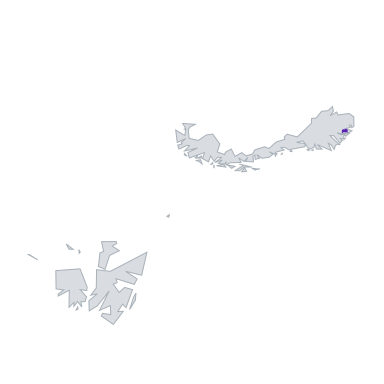 location of Etne nor, Hordaland, Norway, rotated 226°
{"feature_id": "86288312B21434642963", "entity_name": "Etne nor", "entity_type": "district", "adm_level": 2, "iso_a3": "NOR", "parent_name": "Norway", "parent_adm1": "Hordaland", "projection": "mercator", "projection_center": [6.058, 59.799], "detail": "fine", "context": "in_parent", "style": "filled", "palette": "violet", "viewbox_px": 384, "rotation_deg": 226, "n_neighbors": 0, "source": "geoboundaries", "source_scale": "gbopen_adm2", "svg_char_len": 4972}
<svg xmlns="http://www.w3.org/2000/svg" viewBox="0 0 384 384"><g transform="rotate(226 192 192)"><path d="M203.3,238.0L196.3,241.4L197.4,243.7L195.6,250.1L187.7,247.6L185.8,255.1L180.4,256.0L177.3,261.9L178.6,266.5L174.2,275.5L169.8,277.6L169.5,287.2L165.5,295.3L167.5,296.6L167.5,300.6L158.5,306.0L158.4,325.5L161.8,329.1L159.0,332.6L160.0,341.3L156.1,346.2L155.9,352.4L152.1,350.0L150.9,344.5L149.0,351.6L146.0,350.6L139.4,359.5L133.8,360.6L126.8,354.2L127.2,351.6L129.5,352.9L130.8,351.7L128.5,350.8L131.0,346.5L124.9,349.6L125.8,345.7L130.1,344.0L127.8,343.6L129.7,340.1L133.8,337.4L129.8,339.0L125.0,345.7L125.3,341.5L127.6,341.1L125.0,338.0L127.4,335.7L124.9,336.2L124.3,332.2L134.0,333.1L136.7,330.5L124.8,330.8L125.9,327.8L124.0,323.9L129.1,324.8L132.5,324.0L125.0,321.0L139.0,315.1L132.6,315.2L136.5,311.3L141.6,313.9L139.3,310.6L141.3,306.0L151.7,307.4L155.1,301.6L148.4,306.9L146.1,304.8L155.2,290.9L160.1,289.5L162.0,286.7L158.3,287.4L162.6,279.6L161.4,277.9L167.3,275.6L163.0,276.4L163.4,271.5L167.7,265.7L173.9,264.7L169.3,263.8L171.7,260.1L174.8,262.9L175.2,260.7L171.0,257.1L176.7,251.8L178.2,256.2L177.7,250.6L184.1,249.2L179.1,247.9L186.7,239.6L187.5,235.4L190.3,237.5L189.1,235.1L194.3,230.8L194.0,236.0L197.3,228.9L196.3,237.1L199.3,234.7L198.7,229.3L205.1,230.4L202.2,224.8L208.5,222.8L211.7,228.3L218.4,213.7L223.3,216.5L219.8,226.6L226.7,215.1L227.1,222.3L229.0,220.9L231.9,212.5L235.7,214.2L233.4,218.5L235.1,218.6L234.8,224.6L237.8,215.8L247.9,223.3L237.6,226.1L241.9,231.6L247.8,232.9L238.4,241.4L240.2,235.3L239.3,232.6L232.6,227.2L224.7,232.4L223.1,241.8L219.3,247.1L207.2,245.4L203.3,238.0ZM177.9,35.5L185.4,42.3L184.6,53.2L188.1,47.5L189.4,56.4L202.4,69.4L191.7,78.1L180.0,117.7L167.1,98.0L181.0,89.2L167.6,92.1L165.6,86.3L182.3,77.2L178.8,75.1L180.4,71.3L170.4,69.9L170.2,77.2L163.1,81.4L154.6,64.2L159.6,64.2L157.5,55.6L153.9,59.7L151.4,43.4L165.7,40.6L166.8,43.3L160.3,48.4L167.0,54.4L171.1,43.2L178.3,63.6L175.9,44.7L177.9,35.5ZM194.5,23.4L206.6,35.5L210.1,23.5L211.5,24.9L210.6,31.7L216.7,26.9L230.0,39.4L214.5,58.1L196.4,50.5L194.2,47.8L199.5,43.7L189.7,43.3L187.4,38.8L190.3,35.8L185.8,32.9L192.6,33.6L191.8,27.6L194.6,30.5L194.5,23.4ZM203.4,72.9L212.2,83.5L210.6,87.1L219.1,92.4L209.1,103.0L207.3,102.2L208.5,97.0L200.2,99.0L203.6,88.7L196.8,75.7L203.4,72.9ZM175.5,247.5L179.3,245.4L168.4,252.3L173.9,246.8L174.2,241.1L177.3,238.0L175.5,247.5ZM181.5,236.9L186.6,236.4L180.6,240.8L181.5,236.9ZM186.5,233.6L193.9,227.8L190.0,233.9L186.5,233.6ZM150.8,65.4L156.8,76.7L158.2,81.5L153.5,76.1L150.8,65.4ZM172.1,241.7L173.0,246.8L168.9,245.5L172.1,241.7ZM212.1,216.5L209.2,220.5L205.2,218.8L209.9,218.0L212.1,216.5ZM212.6,219.4L211.3,223.9L209.6,222.7L212.6,219.4ZM163.8,252.7L167.7,251.5L163.5,254.8L163.8,252.7ZM260.3,31.4L250.4,33.9L260.7,30.8L260.3,31.4ZM236.3,63.8L241.9,65.4L233.3,66.7L236.3,63.8ZM221.1,213.3L224.1,212.3L225.0,213.3L221.1,213.3ZM214.6,218.2L214.0,220.7L213.2,218.5L214.6,218.2ZM198.9,224.9L198.8,227.3L197.7,226.4L198.9,224.9ZM191.9,157.1L191.4,160.0L190.0,157.7L191.9,157.1ZM229.1,70.5L226.5,69.9L226.3,68.3L229.1,70.5ZM153.0,290.8L153.7,292.4L151.6,292.0L153.0,290.8ZM193.8,224.4L195.3,225.3L196.2,226.7L193.8,224.4ZM187.6,26.8L188.7,30.0L187.0,28.8L187.6,26.8ZM142.3,304.9L140.0,305.0L142.4,304.1L142.3,304.9ZM138.9,307.3L138.1,308.6L137.7,307.9L138.9,307.3ZM162.9,255.3L161.6,257.0L163.0,254.1L162.9,255.3ZM124.5,338.6L124.3,340.4L124.1,338.0L124.5,338.6ZM160.4,278.3L159.8,276.9L160.6,277.0L160.4,278.3ZM242.6,229.4L242.3,231.3L242.2,231.0L242.6,229.4ZM161.1,279.5L159.7,279.8L161.3,279.2L161.1,279.5ZM157.0,282.5L157.2,283.8L156.5,283.4L157.0,282.5ZM123.9,330.7L123.3,331.8L123.5,330.9L123.9,330.7Z" fill="#d9dde1" stroke="#a8b0b8" stroke-width="1"/><path d="M131.6,343.8L131.5,343.6L131.5,343.4L131.5,343.2L131.4,343.1L131.4,342.9L131.2,342.7L130.6,342.1L130.6,342.3L130.5,342.5L130.4,342.8L130.3,343.0L130.2,343.1L130.1,343.3L129.9,343.5L129.7,343.6L129.7,343.8L129.7,344.0L129.8,344.2L130.0,344.1L130.1,343.9L130.3,343.8L130.5,343.8L130.5,343.7L130.8,343.6L130.7,343.6L130.8,343.6L130.7,343.7L130.6,343.8L130.4,343.9L130.2,343.9L130.2,344.0L129.9,344.3L129.7,344.4L129.7,344.5L129.5,344.8L129.4,344.8L129.4,344.7L129.3,344.8L129.3,344.7L129.2,344.7L129.2,344.8L129.1,344.7L129.0,344.8L129.0,344.7L129.0,344.8L128.9,344.8L128.9,344.7L128.7,344.5L128.8,344.6L128.7,344.7L128.8,344.8L128.7,344.8L128.4,344.9L128.4,345.0L128.2,345.1L128.1,345.3L128.1,345.2L128.1,345.3L128.0,345.5L128.1,345.4L128.1,345.5L128.3,345.6L128.5,345.5L128.5,345.4L128.8,345.4L128.7,345.4L128.8,345.4L128.7,345.4L128.7,345.5L128.4,345.7L128.2,345.7L128.3,345.8L128.5,345.8L128.6,346.0L128.9,346.1L128.9,346.3L129.0,346.3L129.1,346.2L129.3,346.2L129.5,346.1L129.9,346.2L130.0,346.1L129.9,345.9L130.0,345.9L129.9,345.9L130.0,345.8L129.9,345.7L130.0,345.7L130.1,345.4L130.1,345.2L130.3,345.1L130.3,344.8L130.5,344.6L130.6,344.4L131.1,344.3L131.2,344.1L131.4,344.0L131.6,343.8Z" fill="#8b5cf6" stroke="#5b21b6" stroke-width="1.5"/></g></svg>